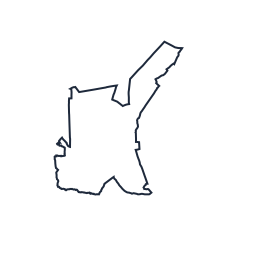 the district of Baldovinesti, Olt, Romania, rotated 143°
{"feature_id": "2599482B50421105571388", "entity_name": "Baldovinesti", "entity_type": "district", "adm_level": 2, "iso_a3": "ROU", "parent_name": "Romania", "parent_adm1": "Olt", "projection": "mercator", "projection_center": [24.058, 44.394], "detail": "fine", "context": "isolated", "style": "outline", "palette": "slate", "viewbox_px": 256, "rotation_deg": 143, "n_neighbors": 0, "source": "geoboundaries", "source_scale": "gbopen_adm2", "svg_char_len": 5676}
<svg xmlns="http://www.w3.org/2000/svg" viewBox="0 0 256 256"><g transform="rotate(143 128 128)"><path d="M150.5,194.0L150.1,193.3L150.0,193.1L150.3,192.5L150.7,191.9L151.5,190.6L153.8,187.7L154.2,187.1L155.3,185.7L155.9,186.1L157.2,187.1L159.1,184.9L159.7,184.0L161.3,182.1L166.1,175.4L167.0,174.0L170.4,169.2L173.5,164.8L180.1,155.4L180.8,154.1L182.6,151.8L185.7,147.8L186.1,148.3L186.4,149.1L186.6,149.5L186.7,149.8L186.6,150.4L186.6,151.2L186.4,151.9L186.4,152.3L186.4,152.5L186.0,152.9L186.0,153.4L186.2,154.6L186.3,156.1L186.6,157.6L186.6,159.4L186.5,160.0L188.7,159.7L190.1,159.3L190.6,159.3L190.9,159.0L191.1,158.8L191.2,157.8L191.5,158.4L192.6,158.1L193.0,158.1L193.9,158.1L194.0,158.1L194.0,157.9L194.0,157.7L194.3,157.5L194.2,157.1L193.9,156.9L193.4,156.8L193.0,157.0L192.8,156.9L192.7,156.9L192.7,156.7L193.0,156.1L193.2,155.8L193.4,155.3L193.1,154.8L193.0,154.7L192.5,154.6L192.1,154.3L192.1,154.1L191.9,153.7L191.9,153.2L191.4,152.8L191.3,152.6L191.0,151.6L190.9,151.3L190.5,150.9L190.4,150.7L190.4,150.2L190.7,149.8L191.7,148.5L192.9,147.2L193.2,146.8L193.7,145.9L193.8,145.8L194.3,145.6L194.4,145.4L194.4,145.1L194.5,144.9L194.7,144.5L195.0,144.0L195.3,144.0L198.5,145.7L198.5,145.8L198.3,146.1L200.1,147.3L200.7,148.0L200.9,148.5L201.8,149.2L202.3,148.5L203.0,148.9L203.4,149.3L203.9,149.2L204.8,147.8L205.3,147.3L205.4,146.9L205.6,146.1L205.7,145.9L207.4,143.4L209.0,140.7L209.5,139.5L209.6,139.3L209.4,138.9L209.3,138.5L209.3,137.6L209.1,136.6L211.9,135.7L212.2,135.5L213.1,133.8L213.2,133.7L213.3,133.4L213.5,133.2L214.5,131.9L214.7,131.7L214.8,131.5L214.9,131.1L215.2,130.4L215.5,129.9L215.5,129.7L215.4,129.2L215.3,128.6L215.6,127.6L215.9,127.3L216.4,127.0L217.4,126.3L217.8,125.9L218.2,125.3L218.8,124.9L218.9,124.2L219.2,123.6L219.3,123.3L219.3,123.1L218.9,123.0L218.5,122.6L218.4,122.0L218.6,121.4L218.4,120.9L218.1,120.5L218.0,120.1L217.8,119.9L217.7,119.8L217.8,119.4L217.7,119.2L216.1,118.3L215.9,118.0L215.6,117.6L215.3,117.3L215.2,117.0L215.4,116.7L215.1,116.3L215.1,115.9L215.0,115.6L214.8,115.5L213.5,115.6L213.3,115.4L212.4,114.9L212.0,114.6L211.6,114.3L211.3,114.2L210.9,114.2L210.0,113.4L209.4,113.1L209.3,112.8L209.3,112.7L209.0,112.5L208.5,111.6L208.3,111.5L207.9,111.3L207.5,111.1L207.3,110.7L207.2,110.1L206.3,109.8L206.0,109.5L205.9,109.3L205.9,109.1L206.0,108.7L205.9,108.4L206.0,108.0L206.0,107.8L205.8,107.3L206.0,106.6L205.9,106.5L205.8,106.3L205.5,106.2L205.3,105.8L204.8,105.3L204.5,105.2L204.3,104.9L203.9,104.9L203.5,104.5L202.8,103.9L202.6,103.7L202.4,103.4L202.2,103.1L201.9,103.0L201.8,102.9L201.6,102.7L201.3,102.3L201.3,102.1L200.4,101.3L200.1,100.8L199.4,100.5L198.9,100.4L198.0,99.5L197.9,99.1L197.7,99.0L197.4,99.2L197.2,98.7L197.5,98.5L197.6,98.3L197.6,98.1L197.4,97.9L196.9,97.8L196.8,98.0L196.6,98.0L196.2,97.4L196.1,97.0L195.4,96.1L195.1,96.2L194.9,96.1L194.7,95.4L194.6,95.2L193.9,94.4L193.0,94.0L192.8,93.9L192.5,93.5L191.9,93.3L191.5,93.0L191.2,92.5L190.6,92.7L190.0,93.2L189.6,93.4L189.4,93.4L189.1,93.6L188.7,93.7L187.8,93.7L187.4,93.8L187.2,94.1L187.0,94.3L186.6,94.5L186.4,94.7L185.9,94.8L185.1,95.4L184.9,95.4L182.6,96.0L181.3,97.0L180.9,97.1L180.4,97.6L169.7,97.6L169.1,97.5L168.9,97.5L169.2,97.0L169.3,96.3L169.4,95.8L169.3,95.3L169.0,93.9L169.0,93.4L169.2,92.5L169.3,91.5L169.2,89.3L169.4,88.0L169.4,87.3L169.3,85.9L169.2,85.6L169.1,83.7L169.1,83.0L168.6,79.9L167.6,77.4L166.9,76.5L165.9,75.6L165.4,74.8L164.7,73.9L164.4,73.2L164.0,73.0L163.0,72.7L162.7,72.5L160.5,70.0L160.1,69.2L159.8,68.9L158.4,68.0L157.2,67.5L156.6,67.1L156.2,66.8L154.4,64.8L151.2,62.4L150.6,62.2L148.2,62.3L148.5,66.8L148.9,67.3L149.3,67.6L149.8,67.7L150.2,68.0L151.3,69.3L151.7,69.5L151.5,70.0L151.4,70.8L151.4,71.1L150.0,71.7L149.4,71.9L148.1,71.9L147.9,72.2L147.7,72.4L147.2,72.4L146.8,72.3L146.0,71.8L143.8,78.7L143.6,79.4L141.2,86.8L140.9,87.9L140.6,89.0L140.5,89.4L140.5,90.3L140.3,91.7L140.1,92.2L139.7,92.8L139.2,93.9L138.6,95.5L138.3,96.7L137.4,99.7L136.0,103.3L135.0,105.9L134.0,105.3L133.4,105.0L131.5,104.3L127.7,110.0L129.6,111.8L130.0,112.1L128.2,114.4L126.3,117.1L125.0,118.9L124.5,119.7L124.6,119.9L123.6,120.7L123.2,121.5L122.3,121.9L122.0,122.0L121.2,122.2L120.1,122.6L119.2,123.1L118.9,123.5L118.7,123.9L118.4,124.4L118.1,124.9L117.8,125.9L117.7,126.2L116.6,127.7L116.4,128.1L116.2,128.6L116.0,128.8L115.4,129.1L114.7,129.5L114.4,129.6L114.0,129.6L113.3,129.4L113.0,129.5L111.0,130.8L110.2,131.5L109.1,132.4L108.0,132.9L107.0,133.1L104.1,134.1L102.5,134.6L100.5,135.4L88.6,139.3L87.4,139.7L86.7,139.9L83.3,141.3L82.6,141.4L82.0,141.6L80.9,142.2L80.6,142.4L80.2,142.3L79.7,142.4L78.1,142.9L77.8,142.9L78.3,145.6L78.5,146.9L77.6,147.3L77.4,147.5L76.8,149.7L76.7,150.4L75.4,150.3L73.8,149.8L73.1,149.8L70.1,149.7L69.4,149.6L68.1,149.0L67.3,149.0L66.2,149.0L65.3,149.2L62.0,150.1L61.9,151.7L58.2,151.6L57.7,151.8L56.1,152.0L55.2,152.1L52.7,152.0L52.6,151.2L46.1,154.9L44.4,155.3L44.0,155.6L43.6,155.9L43.2,156.4L42.7,157.4L42.3,157.7L42.0,157.8L41.0,157.8L40.7,157.8L39.7,158.3L38.0,158.7L36.7,159.2L37.5,159.9L39.7,161.6L41.9,164.1L43.1,166.8L47.0,175.0L53.2,173.8L62.5,172.2L68.0,171.0L71.3,170.5L78.6,168.9L85.0,168.1L94.9,166.2L96.8,165.9L98.4,164.2L104.2,158.0L105.8,156.4L106.5,155.5L107.1,154.7L109.0,151.8L111.9,148.0L112.2,147.4L112.7,146.4L113.9,147.1L115.5,147.8L117.2,148.3L118.9,148.7L118.9,149.0L119.1,149.4L119.4,150.4L119.8,152.1L120.2,153.4L120.7,155.4L121.5,156.8L122.6,158.6L123.5,160.2L122.9,160.7L119.5,163.3L117.7,164.3L114.0,167.0L113.1,167.8L112.0,168.4L111.4,168.7L113.7,170.0L117.5,172.0L120.6,173.5L121.0,173.6L121.7,173.9L126.0,176.1L132.3,179.3L145.4,186.1L145.4,192.5L146.4,192.9L147.0,193.4L148.6,193.8L149.8,193.9L150.5,194.0Z" fill="none" stroke="#1e293b" stroke-width="2"/></g></svg>